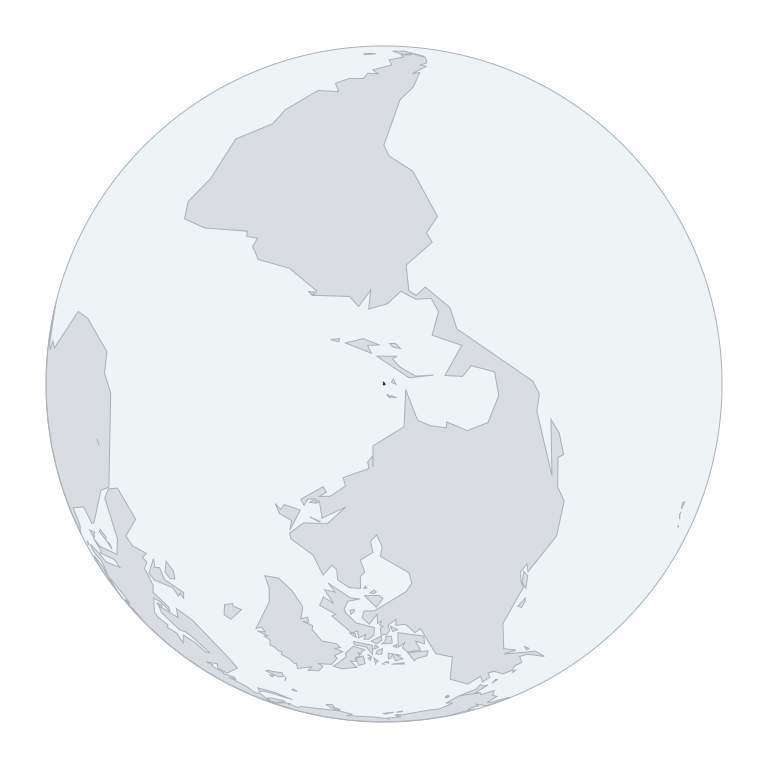 South Eleuthera highlighted on a globe, orthographic projection, rotated 188°
{"feature_id": "BHS-5029", "entity_name": "South Eleuthera", "entity_type": "District", "adm_level": 1, "iso_a3": "BHS", "parent_name": "The Bahamas", "parent_adm1": "", "projection": "orthographic", "projection_center": [-76.202, 24.817], "detail": "fine", "context": "on_globe", "style": "filled", "palette": "slate", "viewbox_px": 768, "rotation_deg": 188, "n_neighbors": 0, "source": "natural_earth", "source_scale": "10m", "svg_char_len": 9733}
<svg xmlns="http://www.w3.org/2000/svg" viewBox="0 0 768 768"><g transform="rotate(188 384 384)"><circle cx="384" cy="384" r="338" fill="#eef3f6" stroke="#a8b0b8"/><path d="M372.4,479.9L364.5,476.2L356.6,485.7L329.3,468.9L319.6,448.8L236.8,407.4L228.6,395.6L229.0,378.7L204.9,316.6L213.8,372.3L203.7,359.9L196.3,339.1L201.4,335.6L197.8,306.3L189.3,293.2L191.9,257.7L215.3,218.1L217.4,225.9L222.8,216.4L220.5,206.4L217.6,202.3L232.9,163.4L228.6,138.6L216.3,138.9L227.6,133.3L196.7,140.5L187.4,136.6L204.8,136.3L211.8,133.0L208.8,127.4L215.3,123.0L217.7,118.1L225.8,113.5L235.3,114.8L240.7,112.2L238.3,108.6L244.9,102.6L247.6,108.1L259.4,98.4L277.5,101.0L278.3,123.2L295.1,124.1L313.8,146.8L318.9,142.1L329.2,149.1L338.8,146.7L339.5,152.5L346.6,145.7L344.1,140.9L346.4,136.6L351.9,135.0L353.7,141.8L351.3,143.6L354.7,144.8L353.3,149.1L357.1,146.1L358.7,155.2L365.2,144.1L373.2,149.7L372.1,156.4L361.7,158.2L333.1,181.6L328.7,190.6L333.1,200.6L363.6,212.9L363.1,222.5L370.3,233.6L375.4,226.6L371.6,215.6L382.9,206.3L376.9,195.0L380.6,190.0L378.8,178.2L390.4,177.6L402.8,183.8L405.0,193.8L410.5,197.2L417.7,186.2L430.6,204.9L454.6,217.7L456.7,223.3L444.2,235.3L420.8,237.7L404.5,257.0L426.7,242.6L431.5,258.5L437.2,260.8L443.6,259.3L446.3,252.8L450.4,258.3L430.1,273.7L426.0,268.8L432.5,263.7L421.6,265.4L407.9,277.6L411.4,285.6L387.1,298.3L389.3,304.6L385.2,311.4L383.3,300.3L386.3,321.1L358.2,344.5L361.7,381.4L345.7,352.8L332.4,349.2L316.3,349.2L316.6,355.1L295.0,349.4L275.6,360.4L268.7,388.7L276.2,411.4L300.1,414.3L307.3,402.5L324.8,400.9L312.4,433.1L343.1,439.0L340.1,462.9L349.1,475.4L364.4,472.4L380.3,478.1L391.5,464.2L409.6,456.0L410.2,475.3L420.0,457.2L430.3,465.9L466.1,462.0L463.5,466.7L493.7,485.4L525.8,489.8L533.3,501.9L529.5,510.8L540.5,511.0L540.6,516.3L583.4,513.6L604.5,519.8L603.3,537.6L584.5,562.9L564.9,606.0L530.5,626.1L520.0,641.7L490.2,665.5L469.6,667.2L473.8,675.1L461.0,681.7L447.1,683.6L443.3,689.4L433.0,690.4L438.9,693.4L420.6,701.1L424.0,705.6L410.3,710.5L412.9,712.6L408.3,712.8L403.0,713.8L402.1,715.0L388.5,713.3L386.3,708.0L392.4,704.9L386.3,704.4L399.2,695.3L392.0,697.4L396.3,682.2L407.7,667.7L417.4,620.4L410.6,610.4L385.1,598.8L354.4,557.3L363.0,539.6L356.1,531.0L378.6,504.9L372.4,479.9ZM69.7,309.1L72.2,301.6L71.8,308.0L69.7,309.1ZM73.0,296.1L72.2,298.8L72.7,296.3L73.0,296.1ZM72.8,293.6L72.9,295.4L72.5,294.0L72.8,293.6ZM72.3,291.1L72.7,292.1L72.5,292.3L72.3,291.1ZM360.1,393.7L395.2,410.6L375.4,413.2L379.1,409.9L370.2,402.8L353.6,396.2L336.2,399.7L360.1,393.7ZM72.6,285.1L72.8,283.4L73.4,283.7L72.6,285.1ZM375.5,373.6L369.4,372.2L375.3,372.0L375.5,373.6ZM215.2,201.4L219.7,206.8L219.5,218.0L214.9,213.8L215.2,201.4ZM216.8,181.9L220.7,182.5L214.3,191.6L214.0,188.4L216.8,181.9ZM205.9,140.7L208.3,143.5L203.7,142.4L205.9,140.7ZM216.5,118.2L213.8,119.0L216.2,116.3L216.5,118.2ZM372.5,179.5L375.6,178.9L374.3,181.4L372.5,179.5ZM368.8,175.2L365.1,178.6L362.8,177.0L365.1,175.0L368.8,175.2ZM230.7,107.0L235.4,102.8L232.3,107.2L230.7,107.0ZM373.8,171.6L359.2,174.0L355.2,171.4L360.6,161.8L373.8,171.6ZM239.2,100.5L250.4,91.1L245.2,91.8L266.2,85.6L249.7,95.0L246.7,100.1L244.4,98.5L239.2,100.5ZM341.0,140.2L343.9,145.1L336.4,142.6L341.0,140.2ZM335.6,139.7L309.4,139.9L307.8,132.5L316.9,133.6L310.8,125.7L323.0,121.9L329.0,125.3L327.6,130.8L333.3,125.3L335.6,139.7ZM276.0,84.1L280.1,82.4L277.6,84.5L276.0,84.1ZM346.7,134.7L341.6,135.1L339.8,128.5L349.9,126.5L347.2,129.2L346.7,134.7ZM303.3,125.9L303.8,121.0L313.7,116.4L315.3,114.1L323.1,121.2L303.3,125.9ZM350.4,129.9L355.0,125.8L360.8,127.6L351.7,133.9L350.4,129.9ZM335.2,127.8L334.8,124.7L338.3,125.7L335.2,127.8ZM383.9,132.8L377.8,132.9L376.3,129.3L383.9,132.8ZM356.3,124.2L354.3,123.6L353.1,122.4L357.2,120.2L356.3,124.2ZM329.6,117.7L333.6,117.0L326.9,114.5L334.1,111.5L338.0,117.0L339.3,113.3L341.5,112.5L342.3,118.0L329.6,117.7ZM357.7,114.5L365.1,121.3L376.8,121.6L378.4,124.7L359.3,123.6L357.7,114.5ZM348.6,116.0L354.5,115.6L353.5,119.2L348.7,121.7L348.6,116.0ZM337.5,107.6L325.5,110.8L325.0,109.6L337.5,107.6ZM361.3,113.8L359.4,112.2L362.2,113.4L361.3,113.8ZM345.1,108.5L340.9,109.7L340.5,108.3L345.1,108.5ZM359.1,108.4L361.5,110.4L358.4,112.0L359.1,108.4ZM352.8,107.8L353.3,105.6L355.8,111.3L351.0,108.6L352.8,107.8ZM345.4,107.0L343.8,106.5L347.2,106.7L345.4,107.0ZM369.7,101.6L373.6,108.5L366.6,111.8L363.8,104.5L369.7,101.6ZM410.7,716.4L389.5,714.1L401.6,715.3L411.0,713.1L421.8,714.7L410.7,716.4ZM438.0,709.8L448.3,707.6L450.5,707.9L443.9,709.6L438.0,709.8ZM638.3,161.4L647.2,173.7L638.8,165.6L620.3,143.1L613.3,135.8L638.3,161.4ZM604.0,127.5L603.2,127.4L591.3,117.6L601.8,127.0L604.3,128.3L610.9,134.7L609.1,134.0L605.0,130.2L606.2,132.8L625.6,151.4L630.1,154.9L638.8,169.2L647.3,176.7L652.8,184.7L640.7,175.2L635.0,169.3L619.8,165.5L626.7,172.7L641.4,177.3L640.8,179.3L650.1,190.7L642.6,183.6L624.7,178.2L626.5,193.8L644.6,232.1L642.4,241.7L633.4,243.8L611.1,215.5L618.5,197.6L610.7,188.8L595.7,183.2L599.2,178.7L594.0,174.6L595.5,168.2L584.4,152.2L583.9,145.7L566.7,133.5L564.1,128.9L575.0,137.1L582.3,140.0L579.6,126.1L575.3,121.6L564.3,115.2L564.9,112.9L554.7,108.5L546.8,99.6L547.8,107.4L535.0,101.6L523.3,93.8L519.3,93.7L538.3,106.7L545.8,110.9L551.9,112.0L572.3,126.5L576.1,132.9L555.4,124.1L558.3,132.7L540.9,123.5L500.1,91.5L489.6,82.3L499.2,75.8L509.0,79.8L510.4,83.8L520.9,84.0L514.4,82.0L514.9,80.6L502.8,75.9L502.5,74.8L491.3,72.9L489.7,70.9L496.8,72.1L477.5,65.1L470.7,61.2L466.4,60.3L463.8,60.5L456.8,56.2L454.0,55.8L455.2,57.0L450.3,57.2L438.9,56.3L437.1,54.8L441.0,54.9L446.4,53.7L457.0,55.1L455.1,54.5L445.5,53.0L438.9,54.4L432.6,54.4L434.3,53.1L433.2,53.5L429.5,53.1L424.2,51.6L421.6,53.0L383.3,54.1L369.2,52.5L375.0,50.4L346.4,52.9L332.7,53.0L333.8,53.7L320.8,56.8L324.9,56.7L324.5,57.4L293.1,67.7L284.3,69.8L272.0,77.1L272.6,77.8L278.4,76.5L266.2,85.6L245.2,91.8L245.0,89.8L232.0,95.8L233.3,90.9L228.5,90.4L237.5,82.9L232.8,83.9L228.2,86.3L218.5,90.3L215.0,91.4L220.6,88.2L237.8,79.7L248.2,79.8L245.7,78.3L252.3,75.8L255.1,73.7L252.8,73.5L248.8,75.2L273.8,64.6L297.8,57.3L322.3,51.8L347.2,48.1L372.3,46.3L397.4,46.3L422.4,48.3L447.3,52.1L471.7,57.7L495.8,65.1L519.1,74.3L541.8,85.2L563.5,97.7L584.3,111.9L604.0,127.5ZM720.1,418.8L720.6,402.3L720.6,377.4L719.3,371.5L717.8,380.6L715.3,373.7L713.6,377.7L696.9,413.2L686.8,408.0L662.9,377.5L662.3,356.0L653.4,337.0L642.1,243.6L649.6,239.2L651.9,206.4L653.9,205.2L664.3,220.6L674.6,218.1L665.3,201.6L664.0,194.9L662.6,192.8L675.4,212.9L686.7,233.8L696.5,255.5L704.8,277.8L711.5,300.7L716.5,323.9L719.9,347.5L721.7,371.2L721.7,395.0L720.1,418.8ZM657.5,283.5L660.6,289.6L657.5,283.5ZM467.2,461.6L471.6,464.9L465.9,465.6L467.2,461.6ZM372.7,421.4L380.1,421.8L384.0,424.8L378.4,425.8L372.7,421.4ZM434.7,419.4L443.1,420.5L434.4,422.8L434.7,419.4ZM400.7,412.7L427.9,419.3L411.0,426.0L393.8,422.0L405.6,419.9L400.7,412.7ZM372.2,385.3L376.8,386.8L375.5,390.5L372.2,385.3ZM379.8,373.5L378.0,373.9L375.7,370.8L379.8,373.5ZM432.7,257.6L434.4,256.5L441.1,256.5L438.1,259.4L432.7,257.6ZM469.4,241.1L475.1,250.5L469.0,245.4L466.0,250.7L449.4,247.5L456.9,226.1L456.5,236.0L469.4,241.1ZM429.3,238.4L439.0,242.1L428.1,239.0L429.3,238.4ZM563.9,161.9L568.8,161.5L574.6,167.4L575.2,178.2L566.7,169.6L563.9,161.9ZM574.3,159.9L553.6,149.7L552.4,143.4L556.6,148.5L557.9,145.4L564.9,152.9L584.0,157.9L590.4,163.6L588.0,178.9L585.3,170.4L580.7,170.9L574.3,159.9ZM502.7,143.0L493.8,140.8L502.8,129.7L510.2,133.2L511.2,143.5L503.2,145.5L502.7,143.0ZM386.2,155.1L382.2,156.6L381.7,154.5L384.7,151.5L386.2,155.1ZM381.2,133.1L403.3,147.0L399.8,149.2L416.9,156.0L414.4,164.6L403.4,159.7L414.3,172.0L403.3,171.1L411.7,179.1L387.4,167.4L378.0,167.8L389.5,163.9L392.1,155.7L390.4,152.4L378.5,143.5L359.5,141.5L359.1,133.9L363.8,129.1L368.2,128.5L367.1,133.4L373.9,129.0L375.7,135.7L381.2,133.1ZM419.2,90.0L416.0,93.9L430.0,90.2L431.9,95.3L433.4,94.5L439.0,98.4L448.3,102.2L447.6,104.6L451.6,105.1L455.4,108.1L460.6,109.7L461.1,114.9L467.5,117.6L464.2,118.6L475.0,121.9L467.2,121.9L471.4,126.3L476.7,124.0L467.3,152.4L469.3,165.8L475.3,177.5L461.1,177.1L446.4,166.5L433.6,152.2L433.6,139.9L427.2,142.5L425.3,137.6L431.2,137.6L421.0,134.7L421.0,130.8L409.6,120.8L394.9,120.2L390.4,116.9L396.1,115.3L387.5,113.3L395.3,108.2L392.3,105.9L396.8,99.1L409.7,98.0L405.3,95.7L408.6,91.0L419.2,90.0ZM371.4,99.6L386.3,96.1L394.7,97.4L383.2,108.9L384.9,111.6L377.9,120.0L365.8,118.1L369.0,115.8L369.2,113.2L372.9,114.8L370.1,111.6L374.3,108.5L373.3,105.3L378.5,104.9L371.4,99.6ZM649.8,197.0L650.2,195.1L649.3,190.8L655.1,198.5L649.8,197.0ZM638.0,193.5L637.4,190.5L645.3,198.2L644.8,200.6L638.0,193.5ZM630.4,182.8L636.7,189.7L633.1,187.4L630.4,182.8ZM573.8,134.4L572.4,131.4L574.8,132.4L578.7,135.8L573.8,134.4ZM461.0,83.5L457.8,84.7L455.8,83.8L444.6,83.8L442.3,80.5L448.1,79.3L461.0,83.5ZM646.5,171.2L646.2,170.9L644.3,168.5L644.2,168.4L646.5,171.2ZM654.3,185.2L654.4,183.2L655.9,187.3L654.3,185.2ZM456.6,80.0L452.3,80.2L453.8,78.5L456.6,80.0ZM440.0,78.3L440.7,76.1L440.7,80.2L440.0,78.3ZM430.8,58.7L449.0,61.7L460.5,63.2L464.6,62.1L466.6,65.5L448.8,63.3L430.8,58.7ZM389.4,54.5L385.9,56.4L382.2,55.5L382.5,54.9L389.4,54.5ZM390.9,55.7L396.4,58.4L391.0,59.5L387.8,57.0L390.9,55.7ZM427.2,67.3L432.7,68.3L431.3,69.5L427.2,67.3ZM278.3,81.9L280.0,82.4L276.3,83.2L278.3,81.9ZM327.1,57.3L325.8,58.4L321.5,58.9L327.1,57.3ZM320.1,62.1L325.8,60.7L320.5,62.7L320.1,62.1ZM338.5,57.8L328.4,60.4L337.0,57.2L338.5,57.8Z" fill="#d9dde1" stroke="#a8b0b8" stroke-width="1"/><path d="M384.3,383.0L384.2,383.1L384.3,383.2L384.3,383.4L384.3,383.5L384.3,383.8L384.2,384.1L384.1,384.6L384.1,384.8L384.2,385.0L384.0,384.9L383.9,384.7L383.8,384.4L383.7,384.3L383.5,384.2L383.4,384.1L383.9,384.0L384.0,384.0L384.0,383.9L384.1,383.7L383.9,383.7L384.0,383.5L384.0,383.2L384.3,383.0Z" fill="#64748b" stroke="#1e293b" stroke-width="1.5"/></g></svg>